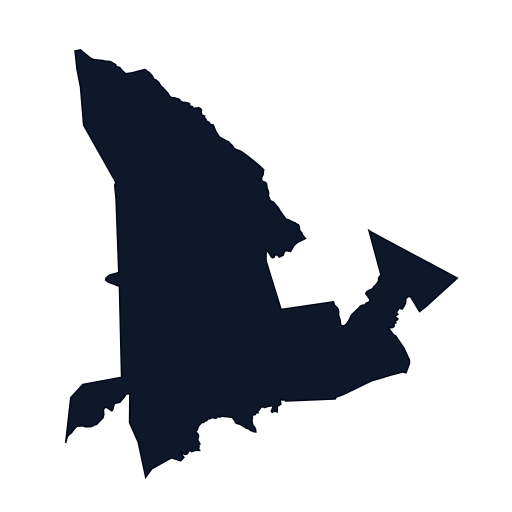 outline of San Andrés Cabecera Nueva, Oaxaca, Mexico, rotated 267°
{"feature_id": "50627088B54059614854517", "entity_name": "San Andrés Cabecera Nueva", "entity_type": "district", "adm_level": 2, "iso_a3": "MEX", "parent_name": "Mexico", "parent_adm1": "Oaxaca", "projection": "mercator", "projection_center": [-97.793, 16.825], "detail": "fine", "context": "isolated", "style": "filled", "palette": "ink", "viewbox_px": 512, "rotation_deg": 267, "n_neighbors": 0, "source": "geoboundaries", "source_scale": "gbopen_adm2", "svg_char_len": 5867}
<svg xmlns="http://www.w3.org/2000/svg" viewBox="0 0 512 512"><g transform="rotate(267 256 256)"><path d="M140.9,403.7L144.1,403.8L146.5,402.8L156.5,398.8L169.0,391.2L170.1,389.2L176.0,385.3L176.8,384.6L177.4,385.8L177.3,387.1L177.5,389.1L178.1,389.8L178.9,390.4L180.9,390.1L181.5,391.0L181.8,392.2L182.3,392.3L183.4,391.7L183.9,391.5L184.3,392.0L184.3,392.6L184.7,393.3L185.2,394.2L186.0,394.3L186.4,393.6L186.9,392.9L187.3,392.3L188.0,391.7L188.5,392.2L189.2,392.8L189.9,393.6L190.4,394.6L191.3,393.8L192.0,393.6L192.8,393.4L193.8,394.3L194.6,395.0L195.7,395.7L196.6,396.4L196.1,397.4L195.6,398.1L195.4,399.2L196.0,399.9L197.1,399.5L197.2,400.2L197.4,400.8L198.2,401.2L199.0,401.7L200.1,402.2L201.2,402.8L202.0,403.1L203.0,403.1L203.7,403.2L204.3,403.3L205.7,403.4L206.2,404.2L206.6,404.8L207.1,405.1L207.5,406.1L207.4,407.1L207.1,408.3L192.0,416.4L196.3,422.7L223.4,455.9L226.6,450.6L240.1,428.3L242.8,423.7L246.1,418.3L249.3,412.8L254.0,405.2L254.5,404.4L256.8,400.5L259.8,395.6L260.8,394.0L261.7,392.4L263.8,388.9L264.3,388.0L268.0,382.1L274.4,371.6L275.6,370.1L230.4,379.8L229.0,378.2L227.4,377.2L225.0,377.2L223.0,375.9L221.5,374.7L220.4,373.6L219.1,372.0L217.4,370.9L216.6,369.3L215.5,366.4L214.3,364.6L212.6,363.6L211.1,364.7L207.7,366.9L205.3,367.7L203.8,365.7L203.4,364.1L202.5,363.0L201.2,362.1L201.4,360.0L200.3,357.3L199.1,356.4L196.9,353.8L195.7,352.4L195.4,352.1L193.7,350.1L191.7,348.0L188.6,346.4L186.8,345.3L184.1,343.5L182.1,341.3L181.5,339.2L182.9,336.9L186.9,336.7L188.4,336.5L189.9,336.0L190.7,335.8L192.4,335.3L194.1,335.5L195.7,335.6L197.8,335.5L199.9,334.6L201.6,332.9L203.1,331.7L206.2,331.0L201.3,278.2L201.5,278.2L250.7,265.8L261.5,266.4L261.3,267.6L260.4,267.6L257.5,269.7L254.2,271.2L253.3,272.8L253.9,274.1L255.6,274.8L256.2,276.3L255.7,277.6L253.7,279.3L255.4,283.2L258.0,284.2L259.9,285.6L258.8,290.8L263.0,293.5L264.8,294.6L264.8,294.8L267.5,298.3L268.5,300.8L269.1,302.2L269.9,304.0L270.9,306.3L271.9,305.5L273.8,304.1L275.4,303.3L277.1,302.8L277.7,302.0L279.4,300.9L281.6,300.8L283.5,300.7L285.1,299.8L285.9,298.1L287.1,296.8L287.9,294.8L289.3,292.2L290.4,290.6L291.1,287.9L300.2,282.1L302.7,281.0L305.8,278.6L308.6,276.5L310.2,273.8L311.4,272.6L313.2,272.5L313.4,272.4L315.1,271.4L316.7,271.8L318.4,271.9L320.6,271.6L322.7,270.7L324.8,270.5L327.7,270.3L329.1,269.1L330.0,266.6L332.1,265.3L335.1,266.2L337.1,267.5L338.5,267.6L340.9,268.0L341.6,268.3L346.8,263.3L351.9,257.7L355.7,253.4L361.3,246.6L364.1,240.1L367.4,238.2L370.2,235.6L371.8,234.2L372.7,232.0L373.7,230.9L374.7,228.9L376.0,227.1L376.5,225.9L378.0,225.0L382.4,222.5L389.0,220.2L389.7,217.7L390.4,217.0L391.1,216.4L391.9,216.0L392.9,214.7L393.8,213.1L394.4,212.8L394.9,213.2L395.9,212.7L396.5,212.0L397.1,211.1L397.5,211.4L398.4,212.0L398.5,211.2L399.0,210.7L399.1,209.8L399.6,209.5L400.2,209.1L400.7,209.2L401.8,208.8L402.3,208.9L403.1,208.5L404.1,209.1L405.1,209.1L406.0,208.3L407.3,206.3L406.8,205.4L406.9,204.7L406.5,204.4L406.5,204.0L407.0,203.4L406.9,202.8L406.3,202.1L406.6,201.4L407.8,200.7L408.5,200.4L408.8,199.8L408.6,199.1L408.5,198.3L409.7,197.9L410.9,197.3L411.6,197.6L411.9,197.2L412.3,196.2L412.6,195.1L412.6,194.1L412.6,193.4L413.2,193.2L413.2,192.0L413.1,191.5L413.1,191.4L413.3,190.9L413.3,190.5L413.8,190.2L414.1,189.9L414.4,188.7L415.0,188.2L416.1,187.9L416.2,187.2L416.8,187.0L417.2,186.2L417.3,185.2L418.3,183.0L418.6,180.1L419.0,179.5L419.5,178.5L423.0,176.6L429.1,171.7L430.8,169.9L431.7,169.4L434.9,167.7L437.0,165.3L437.9,163.4L439.2,162.7L441.5,161.7L444.8,158.9L448.0,155.0L448.0,154.7L447.4,151.4L445.4,141.6L444.8,135.4L447.7,132.5L447.9,132.4L449.0,131.6L450.0,130.6L451.1,130.1L451.5,129.3L452.7,125.9L454.3,126.0L454.4,125.9L457.8,120.8L458.6,114.9L459.1,114.0L460.0,108.1L460.1,107.7L460.3,106.5L460.6,104.7L461.1,103.2L462.7,100.5L471.1,91.5L470.2,86.0L452.2,87.0L433.6,89.6L395.7,90.7L336.9,119.9L334.2,118.6L320.4,119.2L246.7,118.1L245.8,114.2L245.3,111.5L244.8,109.5L244.0,107.8L242.0,105.2L240.0,104.5L238.6,106.1L237.4,107.6L236.3,110.2L235.6,111.9L234.8,113.8L233.9,115.4L233.0,118.0L148.9,115.6L141.9,115.4L136.8,76.4L124.3,63.6L79.2,56.1L84.9,57.9L85.9,58.7L87.7,60.3L88.8,62.2L90.6,63.7L91.2,64.2L92.1,64.9L93.7,66.4L94.4,67.2L95.3,68.4L95.4,70.1L95.4,72.3L95.4,74.3L94.2,77.3L94.3,79.2L94.2,81.3L94.4,83.0L95.0,84.3L95.7,85.5L96.0,87.2L96.2,88.1L96.7,88.6L97.5,89.5L98.5,90.2L99.3,91.5L100.6,92.7L102.2,94.6L105.4,95.7L110.1,95.6L111.4,96.0L112.6,97.3L112.6,98.9L109.0,103.9L109.7,104.8L114.9,106.4L116.3,107.5L117.0,112.1L117.6,113.1L119.0,113.9L119.7,115.0L122.5,117.4L124.7,118.8L125.3,122.8L96.1,121.0L76.3,128.6L41.1,134.2L40.9,134.2L49.0,140.9L58.9,161.0L55.4,170.1L58.7,173.5L60.3,172.3L62.4,171.2L64.2,170.6L62.9,172.4L61.6,174.3L61.6,175.9L62.3,177.4L64.3,178.3L65.4,179.8L64.0,181.5L64.5,183.4L65.0,185.1L65.0,187.4L64.8,189.5L67.0,188.4L68.5,189.3L70.1,188.4L71.2,190.2L73.1,189.2L75.0,188.2L77.3,188.6L78.9,189.2L80.4,189.1L82.0,188.0L83.6,186.5L85.4,188.2L87.7,189.0L89.7,190.2L92.4,192.9L92.6,194.9L93.7,196.2L94.2,198.2L95.8,199.3L95.8,201.1L96.6,202.9L96.9,204.5L96.2,206.1L96.3,208.1L97.8,209.6L97.0,211.4L97.9,214.0L97.3,215.9L97.2,217.8L96.6,221.4L95.9,223.9L94.0,225.3L92.4,226.3L90.6,226.8L89.6,228.6L88.9,230.8L88.0,232.6L86.4,234.4L85.9,235.9L84.7,237.0L83.8,239.7L82.2,241.3L81.6,242.7L80.7,244.4L80.5,245.6L80.3,246.6L82.6,246.6L85.3,245.6L87.3,243.9L89.2,243.7L92.4,243.3L94.3,243.9L95.8,243.8L97.6,244.7L97.6,246.9L99.5,247.9L99.3,249.8L101.0,249.8L102.6,251.6L104.7,253.1L105.1,255.2L104.2,256.3L104.5,257.8L105.1,259.5L105.4,262.1L105.6,264.4L104.2,264.9L102.7,264.4L100.4,263.1L99.0,264.0L100.1,265.6L99.7,267.5L99.2,269.0L102.2,269.3L104.5,269.3L105.4,270.7L106.7,273.1L109.8,272.7L111.7,274.0L110.7,275.4L111.1,277.1L109.6,277.9L109.1,327.6L110.9,328.7L113.0,335.7L125.2,364.7L130.2,385.3L132.5,396.5L131.5,399.7L140.9,403.7Z" fill="#0f172a" stroke="#020617" stroke-width="1.5"/></g></svg>